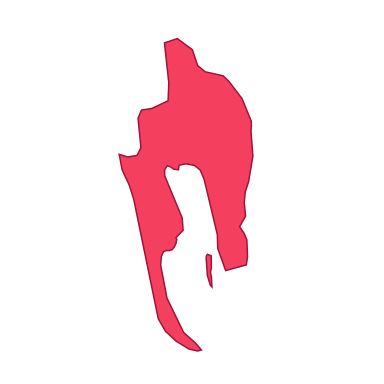 the border of City of St. Petersburg, rotated 244°
{"feature_id": "RUS-2337", "entity_name": "City of St. Petersburg", "entity_type": "Federal City", "adm_level": 1, "iso_a3": "RUS", "parent_name": "Russia", "parent_adm1": "", "projection": "equal_earth", "projection_center": [30.014, 59.935], "detail": "fine", "context": "isolated", "style": "filled", "palette": "rose", "viewbox_px": 384, "rotation_deg": 244, "n_neighbors": 0, "source": "natural_earth", "source_scale": "10m", "svg_char_len": 1171}
<svg xmlns="http://www.w3.org/2000/svg" viewBox="0 0 384 384"><g transform="rotate(244 192 192)"><path d="M106.6,187.8L130.0,190.4L142.7,196.1L197.8,208.4L208.1,209.0L214.8,205.8L220.0,198.9L221.7,192.1L217.9,189.5L220.4,185.7L224.2,183.6L226.4,181.3L223.9,177.1L218.5,174.6L172.9,171.8L161.4,167.2L158.0,157.6L156.0,157.5L153.2,155.4L150.4,152.2L148.9,148.7L149.4,145.5L150.7,143.0L150.9,140.3L147.6,136.2L139.8,131.7L107.6,123.0L69.4,122.9L54.7,128.9L45.9,131.2L46.6,127.4L52.2,120.4L64.8,112.4L78.4,107.1L92.8,106.1L211.7,136.6L226.0,138.6L242.6,138.9L257.8,143.1L251.6,149.7L249.0,158.6L254.2,165.5L281.9,175.8L287.8,182.5L284.7,192.5L284.5,210.5L300.3,219.0L338.1,232.6L336.3,246.1L319.7,254.7L303.1,252.5L294.3,256.5L282.8,270.9L275.5,273.6L254.0,277.9L229.5,276.3L225.0,274.2L221.1,271.8L197.5,262.4L176.6,247.5L168.7,239.9L159.6,234.3L146.8,229.6L139.9,219.6L132.3,220.7L124.9,220.3L109.6,213.6L102.7,208.9L106.6,187.8ZM127.2,176.2L128.7,177.4L129.2,178.6L128.3,179.2L127.4,180.4L126.2,181.3L114.6,175.8L113.5,174.5L110.9,173.2L107.1,172.2L98.0,168.3L100.4,167.6L110.2,169.2L126.3,175.7L127.2,176.2Z" fill="#f43f5e" stroke="#9f1239" stroke-width="1.5"/></g></svg>